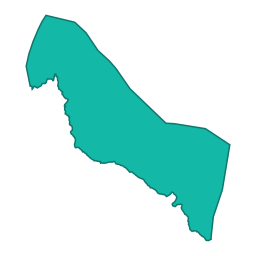 the district of Goma, Nord-Kivu, Democratic Republic of the Congo
{"feature_id": "63176286B45383896961526", "entity_name": "Goma", "entity_type": "district", "adm_level": 2, "iso_a3": "COD", "parent_name": "Democratic Republic of the Congo", "parent_adm1": "Nord-Kivu", "projection": "equal_earth", "projection_center": [29.189, -1.656], "detail": "fine", "context": "isolated", "style": "filled", "palette": "teal", "viewbox_px": 256, "rotation_deg": 0, "n_neighbors": 0, "source": "geoboundaries", "source_scale": "gbopen_adm2", "svg_char_len": 2904}
<svg xmlns="http://www.w3.org/2000/svg" viewBox="0 0 256 256"><path d="M211.2,239.2L211.1,237.0L213.3,216.8L222.3,189.9L229.8,144.8L205.5,128.7L174.3,123.7L165.9,123.2L130.1,88.9L115.9,68.5L109.5,61.1L98.0,50.6L86.0,32.8L74.8,22.3L46.0,15.4L42.1,21.5L38.4,28.9L33.0,41.8L28.9,54.0L26.2,66.2L30.2,86.2L31.0,86.0L32.0,86.3L32.0,88.0L32.2,89.2L33.1,88.1L34.1,86.4L35.2,86.3L36.1,87.4L37.6,87.9L39.2,86.7L40.7,86.0L41.5,85.2L42.0,83.7L43.5,83.4L44.1,83.6L45.1,83.5L46.1,82.7L46.7,80.6L47.4,78.9L49.0,79.1L50.9,78.9L52.5,79.5L52.8,80.6L53.5,80.5L53.9,78.6L54.4,75.7L54.8,74.2L55.7,74.2L56.2,74.9L56.0,76.3L56.8,76.9L57.5,76.9L57.5,79.8L58.3,81.8L58.1,83.9L57.9,84.9L57.8,86.2L58.6,87.0L58.7,88.4L59.0,89.3L60.0,89.5L61.2,91.0L61.8,91.3L62.7,92.3L62.0,92.9L62.2,94.6L63.2,95.1L63.8,96.6L65.1,98.0L65.7,98.6L66.6,98.5L68.2,99.6L67.8,100.7L66.6,102.5L64.7,104.6L64.4,105.8L65.5,106.6L64.6,107.1L64.8,110.1L65.3,111.0L65.7,111.7L65.3,112.7L65.3,114.0L66.2,114.1L67.2,115.4L68.5,115.6L68.6,116.8L69.5,117.1L69.2,118.5L69.1,119.9L69.7,121.7L69.5,124.3L70.4,125.4L71.5,125.6L72.1,126.7L72.4,128.8L72.2,130.3L71.1,131.1L70.6,131.7L70.7,132.9L71.5,134.1L72.8,135.1L73.7,136.7L74.3,136.8L75.0,138.3L75.4,139.7L75.3,141.1L75.1,142.5L74.5,144.1L74.7,145.7L74.9,146.8L75.4,147.5L75.9,147.8L77.3,147.4L78.7,147.5L79.4,148.1L79.9,148.8L80.4,149.2L81.0,149.7L81.4,149.9L81.9,150.6L82.6,151.9L83.4,151.6L83.9,152.1L85.7,153.6L86.7,153.9L86.9,155.0L88.3,156.1L89.2,156.9L89.9,157.7L91.4,158.8L92.8,159.7L93.6,159.9L94.0,160.7L95.8,160.7L97.4,161.2L99.0,161.5L100.5,161.7L100.4,162.5L100.7,163.2L101.6,162.8L102.7,163.2L104.0,163.2L105.1,163.1L106.5,162.8L108.1,162.4L109.7,161.9L111.3,162.2L113.1,161.9L113.7,161.4L114.7,161.8L116.2,163.9L117.6,164.2L118.7,164.4L119.9,164.7L120.9,165.5L121.7,165.5L122.7,165.8L124.9,167.5L125.6,167.6L126.5,168.5L129.8,172.2L131.7,171.8L135.0,174.4L135.9,175.3L136.7,175.8L137.7,176.7L138.9,177.5L140.6,178.2L143.7,179.5L144.3,180.9L145.5,182.4L147.0,184.0L147.7,185.2L149.2,186.1L149.9,186.6L150.2,187.7L152.0,188.0L153.1,188.6L154.4,189.3L155.7,190.1L158.1,193.3L159.6,193.9L161.6,194.1L163.1,194.6L164.1,194.4L165.0,195.0L166.0,196.1L166.8,196.5L169.9,194.6L171.1,193.3L171.9,192.1L173.3,192.7L173.9,194.0L175.5,195.0L176.3,196.1L176.8,198.0L175.4,200.7L174.9,201.8L173.8,202.5L173.3,202.9L172.8,203.3L172.4,203.7L172.2,204.1L172.7,205.7L173.8,206.2L175.1,206.6L175.8,206.1L176.7,205.0L177.0,204.6L179.2,204.5L180.6,204.1L181.8,204.6L182.0,206.1L181.3,207.5L181.5,208.7L183.0,211.1L184.2,212.7L184.8,214.2L185.9,214.6L187.0,215.8L188.0,216.7L188.4,218.4L187.9,221.2L188.7,222.1L188.5,224.5L189.0,225.3L189.8,228.3L189.9,229.5L190.8,230.2L191.6,231.1L193.5,231.1L194.7,230.8L196.2,230.9L196.9,231.9L198.0,231.9L200.0,234.4L200.6,234.8L201.6,235.9L202.7,236.6L203.6,236.8L204.5,237.8L205.6,239.7L206.1,240.3L208.5,240.6L211.2,239.2Z" fill="#14b8a6" stroke="#0f766e" stroke-width="1.5"/></svg>